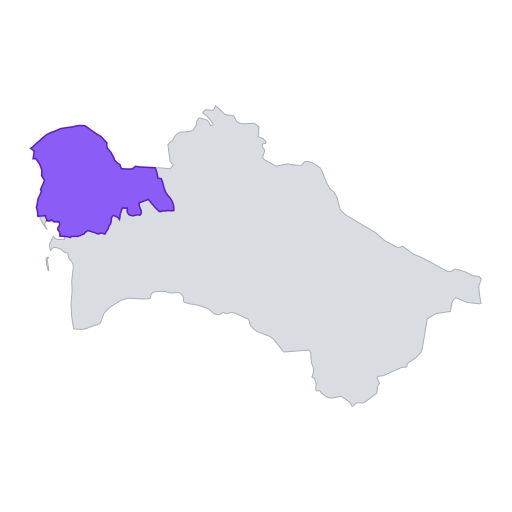 Turkmenbasy, Balkan, Turkmenistan (highlighted)
{"feature_id": "10190150B25855408224134", "entity_name": "Turkmenbasy", "entity_type": "district", "adm_level": 2, "iso_a3": "TKM", "parent_name": "Turkmenistan", "parent_adm1": "Balkan", "projection": "albers", "projection_center": [54.807, 40.968], "detail": "fine", "context": "in_parent", "style": "filled", "palette": "violet", "viewbox_px": 512, "rotation_deg": 0, "n_neighbors": 0, "source": "geoboundaries", "source_scale": "gbopen_adm2", "svg_char_len": 6568}
<svg xmlns="http://www.w3.org/2000/svg" viewBox="0 0 512 512"><path d="M138.3,167.0L162.7,168.0L170.2,168.8L173.2,165.2L173.0,164.3L171.8,163.6L170.0,161.2L167.9,144.7L170.0,142.3L172.3,140.5L175.7,135.2L177.5,133.6L180.2,132.2L189.4,131.5L193.2,130.4L196.3,124.4L196.8,120.9L199.2,118.0L200.6,118.0L206.9,120.1L208.3,121.3L210.6,125.5L212.9,125.2L213.2,124.4L212.9,123.5L211.0,120.9L207.0,116.1L203.0,113.2L202.7,112.2L205.8,109.6L212.4,110.4L214.0,109.5L215.5,105.6L224.5,114.0L226.2,114.8L233.1,115.6L234.3,116.8L236.9,121.7L239.3,123.0L242.3,123.8L254.5,123.3L258.5,126.4L259.2,127.2L258.6,129.7L258.7,134.3L257.8,136.2L258.5,136.9L263.0,138.6L265.7,141.4L266.1,142.6L265.4,143.5L263.3,143.2L262.4,144.6L262.5,147.0L264.1,149.2L264.7,151.2L262.9,156.2L262.9,158.1L263.7,159.2L275.3,165.8L277.1,165.9L287.8,163.8L289.9,164.5L299.4,165.4L302.0,165.0L303.6,162.5L305.3,161.5L306.9,161.3L311.5,162.4L316.5,165.1L319.9,167.7L321.6,170.2L327.1,183.9L330.5,189.4L334.1,192.1L337.0,197.4L340.1,209.2L341.6,211.5L347.2,215.8L375.8,232.8L384.7,240.7L398.2,247.8L402.7,246.3L413.5,254.2L420.2,256.8L428.9,261.3L447.4,271.4L451.1,271.4L455.0,269.2L458.7,269.7L465.5,272.0L473.0,275.7L479.1,276.6L481.0,278.4L481.3,279.5L478.8,285.8L479.3,293.4L481.0,303.5L479.4,303.8L467.4,302.5L455.6,297.7L453.2,300.1L452.1,302.3L450.4,311.4L435.5,313.7L427.2,319.0L422.3,348.4L420.9,352.1L416.4,357.3L408.2,362.8L407.0,364.7L406.9,366.5L405.9,367.1L401.1,367.6L383.3,375.7L379.2,376.1L377.6,376.7L377.0,377.9L379.6,383.4L378.1,385.2L377.2,388.1L376.8,393.1L365.2,401.9L362.7,403.0L357.8,402.7L355.3,403.8L352.9,406.4L351.6,405.8L350.8,403.4L349.3,401.9L341.2,396.3L332.5,398.0L329.2,397.8L326.5,396.9L322.2,393.7L319.4,390.5L316.7,391.1L315.8,389.6L315.6,387.7L316.2,385.4L315.6,381.1L313.9,378.1L312.0,376.9L313.6,371.8L313.4,368.1L311.9,364.2L310.9,358.5L310.8,352.8L309.0,350.1L283.6,352.0L273.7,339.4L269.8,336.4L256.9,331.5L253.3,328.7L250.3,325.6L249.3,321.1L247.8,318.5L245.8,318.2L235.8,313.5L231.8,312.3L226.5,313.8L223.2,312.5L219.6,314.6L218.0,314.8L214.0,313.8L208.9,309.2L204.7,307.4L195.9,304.7L189.8,303.9L184.3,302.3L183.7,301.6L183.5,297.6L182.7,295.9L181.1,294.0L178.9,292.6L169.7,292.9L165.5,291.5L162.1,291.3L154.8,291.8L152.5,292.9L151.1,294.2L150.3,298.1L149.5,298.7L142.4,299.0L127.3,298.2L121.0,300.3L111.2,306.3L105.6,311.4L103.9,313.7L100.6,322.6L99.1,323.9L97.1,324.9L95.2,325.1L86.1,328.6L82.6,329.4L73.6,328.9L71.6,315.6L71.0,305.1L72.1,290.6L71.7,281.3L73.3,267.1L72.9,263.6L68.4,257.3L67.8,253.0L65.1,252.7L60.6,249.0L56.3,247.5L54.1,247.4L52.1,248.4L50.6,250.5L49.6,247.1L49.7,243.6L53.3,236.5L55.4,238.7L58.1,239.6L64.8,239.2L64.2,236.8L60.7,234.2L60.1,231.0L60.4,227.6L61.4,224.4L60.4,223.1L58.8,222.3L55.2,222.3L45.8,221.0L44.7,224.7L47.2,229.7L43.0,224.0L40.2,218.1L38.5,211.4L38.3,204.1L42.2,192.5L45.4,178.2L48.8,184.3L51.4,187.0L57.1,188.8L60.0,188.5L63.0,186.9L65.9,187.5L70.4,193.8L73.6,194.5L80.4,192.2L83.6,191.7L86.4,192.8L89.3,192.8L88.1,189.9L87.5,187.0L89.2,185.6L94.6,187.2L98.8,185.5L99.6,184.8L100.0,182.3L99.4,177.5L98.4,175.4L96.0,172.5L86.6,165.5L83.5,162.7L80.9,159.1L76.7,144.9L73.6,135.8L72.3,134.7L66.9,133.9L56.6,135.9L53.0,135.4L51.2,136.3L47.0,140.0L45.0,143.3L42.1,150.7L44.1,153.2L42.2,165.8L43.0,171.1L42.7,171.5L39.7,164.7L35.6,158.0L32.4,147.7L38.7,141.2L44.1,136.6L49.7,133.1L55.6,130.9L68.8,127.4L76.1,126.1L81.9,125.9L86.4,128.2L98.7,136.5L104.0,141.1L105.5,143.0L107.0,147.4L116.1,161.7L118.2,163.7L121.7,168.2L125.1,169.6L138.3,167.0ZM48.7,269.2L48.4,271.1L46.8,265.3L46.0,259.0L47.2,257.2L48.4,257.4L47.2,259.6L48.7,269.2Z" fill="#d9dde1" stroke="#a8b0b8" stroke-width="1"/><path d="M37.5,216.4L37.4,216.4L37.5,216.4L38.9,216.3L39.8,216.0L42.5,216.0L43.0,215.9L43.6,215.7L44.0,215.6L44.4,215.6L44.6,215.6L45.0,215.7L44.8,215.8L45.1,215.9L45.6,216.9L46.1,218.0L46.6,219.1L46.7,219.5L46.7,220.1L46.7,220.7L49.7,220.7L51.6,219.8L54.1,221.7L58.7,221.7L59.8,223.9L59.0,226.3L57.8,228.0L57.8,229.7L59.5,232.0L59.9,234.1L59.9,236.2L61.1,236.2L65.2,236.5L66.8,236.5L67.5,236.7L70.5,237.5L71.4,236.4L71.5,236.4L72.9,236.4L74.3,236.4L75.8,236.4L77.4,236.4L78.3,236.4L79.1,235.8L80.2,235.6L80.5,235.5L80.8,235.2L81.3,234.9L81.6,234.8L82.4,234.5L84.2,233.9L84.5,233.3L84.9,232.6L85.0,232.6L85.9,232.0L86.3,231.7L86.8,231.3L87.0,231.1L88.0,230.5L89.3,231.1L89.7,231.0L89.9,231.1L91.0,231.5L91.9,231.8L92.3,231.9L92.9,232.2L93.2,232.2L94.4,232.5L94.7,232.5L95.8,233.1L96.5,233.4L97.6,233.8L98.1,234.0L98.9,234.0L99.3,233.7L99.5,233.5L100.5,233.2L101.5,232.9L102.3,233.1L102.8,233.3L103.0,233.4L103.7,233.8L105.0,234.1L105.9,232.2L106.0,232.0L106.1,231.8L107.9,229.3L108.8,226.8L108.9,226.3L109.0,226.2L109.9,224.8L110.6,223.7L111.0,222.1L111.3,220.2L111.5,217.9L111.8,217.3L112.4,216.3L112.5,216.1L113.7,215.4L115.0,216.0L116.0,216.5L116.8,216.9L117.8,217.5L118.1,217.7L118.4,218.1L118.9,218.7L119.5,219.5L119.8,217.8L120.0,216.5L120.0,215.6L120.0,214.9L120.2,214.2L120.9,212.2L121.5,210.1L121.6,209.8L121.7,209.5L122.2,208.1L127.4,208.1L127.3,208.8L127.3,209.4L127.3,209.5L127.2,210.5L127.2,211.3L127.4,212.4L128.1,213.5L128.9,214.7L130.7,215.3L133.0,215.9L134.4,215.5L136.0,215.1L136.7,215.0L137.6,214.8L137.8,214.8L139.9,215.2L141.1,213.7L141.2,212.5L141.2,211.8L141.2,210.7L140.7,209.6L140.5,209.1L140.2,208.4L139.9,207.7L139.7,207.3L139.6,207.0L139.5,206.6L139.5,206.4L139.4,206.1L139.4,205.7L139.2,205.1L139.2,204.6L139.2,203.7L139.1,202.9L145.5,200.5L148.4,199.4L148.4,199.5L152.1,204.0L153.2,205.1L153.4,205.3L154.1,206.2L155.2,207.6L156.0,208.4L157.1,209.4L157.4,209.7L157.9,210.1L158.4,210.7L159.2,211.5L161.6,211.5L162.1,210.9L165.2,211.0L167.2,210.6L167.4,210.5L168.2,210.6L172.5,210.8L173.0,210.7L173.7,210.5L173.8,210.5L173.8,210.4L173.8,208.0L173.8,207.1L173.4,204.7L172.0,201.0L170.4,198.3L168.0,195.6L167.1,194.3L165.6,192.3L164.4,188.7L164.0,187.5L163.5,185.8L162.6,182.0L162.1,180.9L161.2,178.7L157.9,178.1L157.6,176.2L157.1,173.5L156.1,170.2L155.1,167.7L141.2,167.1L137.7,166.7L135.6,166.2L132.6,168.8L129.8,169.2L121.3,168.7L119.9,164.5L117.3,163.0L114.4,160.0L113.7,157.5L110.8,152.1L107.3,148.2L106.7,145.4L106.9,142.9L101.0,136.4L97.7,134.7L90.6,129.8L87.2,127.2L84.4,125.6L78.7,125.5L71.9,127.0L67.8,127.5L61.2,128.5L60.2,128.8L56.5,130.4L54.5,131.3L51.5,132.3L47.2,134.3L42.0,138.4L40.1,140.4L37.0,142.8L33.1,146.7L30.7,148.4L34.4,151.3L33.3,157.1L33.1,158.8L35.7,158.6L39.6,164.0L41.0,167.5L41.9,170.9L41.6,175.7L44.5,180.4L40.5,189.7L41.4,191.3L39.6,195.8L38.0,198.8L37.0,205.3L36.4,207.6L37.1,209.8L37.7,213.3L37.7,214.5L37.7,215.6L37.5,216.4Z" fill="#8b5cf6" stroke="#5b21b6" stroke-width="1.5"/></svg>